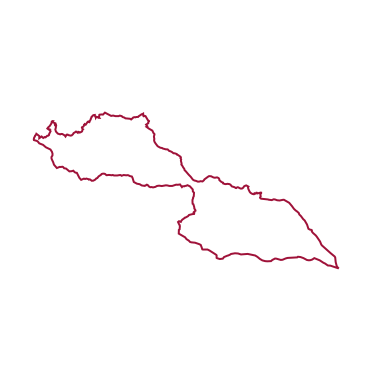 Chiheru De Jos, Mures, Romania, rotated 27°
{"feature_id": "2599482B61641912975673", "entity_name": "Chiheru De Jos", "entity_type": "district", "adm_level": 2, "iso_a3": "ROU", "parent_name": "Romania", "parent_adm1": "Mures", "projection": "mercator", "projection_center": [24.944, 46.698], "detail": "fine", "context": "isolated", "style": "outline", "palette": "rose", "viewbox_px": 384, "rotation_deg": 27, "n_neighbors": 0, "source": "geoboundaries", "source_scale": "gbopen_adm2", "svg_char_len": 5959}
<svg xmlns="http://www.w3.org/2000/svg" viewBox="0 0 384 384"><g transform="rotate(27 192 192)"><path d="M60.7,232.0L62.7,229.7L63.7,229.3L65.1,228.3L66.0,228.3L67.3,228.9L69.1,228.3L73.4,229.3L75.3,228.1L76.6,226.9L78.4,227.6L79.6,227.6L80.7,227.2L85.2,230.5L87.7,231.5L89.5,229.3L90.1,229.0L90.8,229.0L91.8,228.0L93.9,227.6L94.5,227.8L94.6,227.7L94.5,227.4L95.5,227.1L97.6,227.5L98.9,226.7L100.1,225.0L100.6,223.3L101.3,222.6L101.7,220.5L103.1,218.0L103.3,217.0L104.3,216.1L105.3,215.6L106.3,215.4L107.9,215.8L108.3,215.8L110.2,214.5L112.9,213.5L113.7,212.8L114.9,212.7L117.9,211.2L119.8,209.8L120.8,209.3L121.9,209.5L123.4,207.9L125.8,207.0L127.2,206.1L127.8,206.0L129.5,206.0L131.4,205.5L132.7,206.5L135.6,209.5L139.1,209.6L141.9,208.8L144.2,209.0L147.2,208.0L147.4,207.3L148.0,206.9L148.4,206.0L149.0,205.9L150.1,206.1L150.8,206.6L152.6,206.7L153.8,205.9L155.2,205.6L157.0,204.1L158.1,202.5L159.8,201.3L162.4,200.4L165.7,197.9L167.2,197.3L169.0,196.9L171.6,195.6L174.5,192.7L176.1,192.0L177.9,190.7L180.8,192.2L181.1,191.1L182.6,190.4L183.0,189.8L183.9,189.2L184.9,188.0L187.6,187.9L191.5,189.4L192.5,191.1L194.1,191.7L195.5,195.0L195.5,196.5L195.8,197.0L196.0,198.8L197.0,200.7L197.9,202.2L198.8,202.3L200.9,204.5L201.6,205.7L203.0,206.4L203.6,207.1L203.1,208.0L203.2,208.7L202.7,209.1L202.7,209.4L203.5,209.6L203.8,210.6L202.3,211.6L199.8,213.8L199.4,215.4L197.6,218.0L197.3,218.1L196.7,219.6L195.9,221.0L195.5,222.9L195.6,223.7L193.7,223.9L193.2,225.1L195.1,226.6L196.1,227.1L196.2,227.5L196.7,227.9L197.9,230.9L197.5,231.7L199.1,235.1L206.4,235.5L208.5,236.5L211.3,236.8L213.0,237.4L214.4,237.1L217.7,235.8L222.0,235.2L223.8,235.2L225.7,236.9L227.2,238.4L227.9,238.3L232.0,236.2L234.2,236.2L239.5,236.7L242.2,237.0L242.7,237.3L243.8,239.5L244.3,239.6L247.2,239.1L249.7,237.4L250.1,235.4L252.4,232.7L253.2,232.0L254.3,230.6L254.9,229.5L258.1,227.1L260.9,225.9L264.0,225.4L269.7,221.9L277.1,219.9L279.7,220.1L282.8,220.8L285.7,221.0L288.5,220.4L290.5,219.6L293.8,217.7L294.4,216.1L296.2,213.6L297.4,213.1L302.0,212.2L303.5,211.2L305.5,208.8L307.0,207.4L315.4,202.5L315.8,201.6L318.2,200.7L321.3,200.3L325.3,200.4L327.1,199.8L328.4,199.0L329.8,197.6L331.0,195.4L336.8,194.9L341.3,195.4L342.8,195.3L346.4,195.8L348.7,194.8L357.4,193.5L355.4,192.8L354.4,192.1L351.9,189.3L349.3,185.3L348.4,184.7L343.4,183.6L332.0,180.6L331.0,180.1L328.6,178.0L323.7,175.3L322.0,174.5L318.5,173.6L316.7,172.8L316.2,171.7L315.4,171.6L314.0,172.0L312.4,171.9L309.3,168.8L305.3,166.2L303.4,165.7L300.0,164.0L297.8,163.3L296.6,162.2L294.2,161.6L292.7,161.4L290.4,160.7L287.5,159.2L283.5,157.5L277.5,157.2L276.8,157.5L273.9,159.8L271.6,160.7L269.2,161.0L268.0,161.5L266.8,163.0L263.7,164.1L263.2,164.1L256.6,166.6L255.7,166.5L255.1,166.0L255.2,164.7L253.9,163.0L254.2,161.8L253.9,161.2L253.5,161.3L250.9,163.6L250.3,163.2L249.7,163.4L249.6,164.1L249.3,164.6L248.4,164.6L248.2,164.8L248.4,165.6L248.2,165.9L246.6,166.3L244.7,166.2L243.4,165.7L240.8,163.7L239.7,162.3L239.8,161.6L237.4,161.5L236.7,162.1L235.8,163.4L235.7,164.8L235.4,165.5L234.9,166.3L233.6,166.9L230.8,166.9L230.3,167.2L229.7,168.0L229.6,168.4L229.1,168.6L227.8,168.4L224.9,168.9L222.9,168.0L221.7,168.0L219.9,168.6L218.6,169.6L217.6,170.0L215.8,170.2L215.4,169.6L213.6,169.7L211.0,169.0L210.4,168.1L209.3,167.5L207.7,167.6L205.9,168.9L204.5,169.3L201.9,169.3L200.0,170.1L199.4,171.0L197.5,174.8L197.3,175.3L197.3,176.1L196.6,177.8L194.7,178.5L193.9,179.3L192.6,180.1L190.3,180.3L188.9,180.7L187.2,180.6L183.9,179.0L181.2,178.1L176.6,176.2L175.6,176.0L174.5,174.8L173.0,174.1L171.6,173.1L170.3,172.5L170.0,172.2L170.1,171.9L169.6,171.1L167.9,169.2L167.5,167.8L166.3,167.0L166.4,166.3L165.8,165.8L162.8,165.4L161.6,165.5L161.3,165.1L161.0,165.1L158.9,165.4L157.9,165.9L156.0,165.5L154.2,165.5L153.2,165.8L151.0,165.1L149.2,165.9L146.2,166.5L145.4,166.4L143.7,166.9L142.8,166.9L140.6,166.8L137.7,165.4L136.1,164.5L135.0,163.5L134.6,162.8L134.4,161.9L133.1,160.2L132.8,159.6L132.5,157.9L132.2,157.4L131.0,157.0L128.8,155.3L124.9,155.1L121.8,154.6L122.3,153.7L120.5,152.8L121.8,150.6L121.3,149.7L121.6,148.6L121.5,148.3L120.2,148.1L116.1,145.5L115.0,145.7L114.7,146.4L114.1,146.3L113.8,146.0L112.9,144.4L112.4,145.2L111.7,145.7L111.6,146.1L110.1,148.7L109.9,149.6L108.4,150.4L107.6,151.2L107.3,151.2L106.4,151.7L105.7,152.5L105.5,153.7L105.0,154.2L104.8,155.0L103.5,154.9L99.2,156.6L98.0,156.4L96.0,156.7L95.0,156.3L93.0,156.7L92.2,157.7L89.2,159.2L87.0,159.7L85.4,160.9L78.4,160.8L77.5,163.5L76.5,163.8L74.6,165.0L74.4,165.3L74.9,166.7L74.8,167.2L74.9,167.5L75.8,168.0L74.9,168.4L74.3,168.1L73.7,168.1L72.7,168.6L72.6,169.3L72.3,168.8L71.8,168.8L71.6,168.3L70.5,168.2L70.1,167.9L70.1,167.7L69.5,168.1L69.1,168.5L68.6,170.2L68.4,170.5L68.6,170.8L68.5,172.5L68.8,173.3L68.7,175.0L68.8,175.8L68.3,175.9L68.5,176.5L67.2,176.8L66.7,180.3L65.6,180.2L65.6,181.0L65.3,181.2L65.6,182.3L65.5,183.0L65.4,183.3L64.6,184.2L64.6,184.5L65.7,185.5L66.4,185.6L66.2,186.2L66.5,187.8L66.3,188.4L65.4,189.6L65.0,190.0L64.5,189.8L63.4,190.0L63.4,191.1L61.2,190.8L60.5,192.2L59.8,193.2L59.7,194.6L59.1,196.2L58.2,196.9L55.7,197.5L55.2,197.3L54.3,197.8L54.1,198.4L54.2,198.7L54.1,200.0L52.9,199.4L50.2,199.2L49.0,199.7L48.4,200.5L45.9,200.9L43.3,199.9L41.8,198.3L41.5,196.6L41.0,195.4L40.9,194.6L40.3,193.8L39.7,193.3L39.6,193.8L40.1,194.1L40.3,194.6L40.2,194.8L39.7,194.8L38.2,192.9L36.2,193.0L35.8,192.6L35.9,192.0L35.4,192.2L35.1,193.1L35.6,194.6L35.4,196.7L35.2,198.1L34.6,199.4L34.3,201.1L35.2,201.3L36.7,200.8L36.8,201.0L36.9,201.4L37.5,201.2L37.6,201.6L38.4,202.1L38.4,205.4L38.7,205.9L38.7,206.3L38.3,207.1L37.5,207.6L36.7,209.8L36.3,210.0L36.1,209.8L35.7,210.0L34.9,211.4L32.8,210.8L31.5,213.4L30.6,211.5L26.9,210.8L27.0,211.9L26.6,213.0L26.8,213.8L26.7,214.5L26.7,215.4L27.0,216.6L27.3,217.2L27.6,217.5L30.6,216.9L31.9,217.1L33.8,218.0L37.9,217.6L41.5,218.5L46.6,218.4L49.0,219.8L50.4,221.3L51.1,222.9L50.9,224.4L51.3,225.5L52.1,226.4L54.9,228.6L56.6,230.3L60.7,232.0Z" fill="none" stroke="#9f1239" stroke-width="2"/></g></svg>